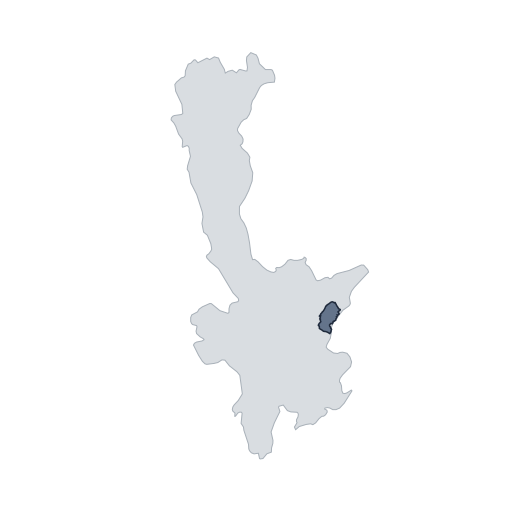 Phiang, Xaignabouri, Laos (highlighted), rotated 202°
{"feature_id": "54806243B59484994865641", "entity_name": "Phiang", "entity_type": "district", "adm_level": 2, "iso_a3": "LAO", "parent_name": "Laos", "parent_adm1": "Xaignabouri", "projection": "natural_earth1", "projection_center": [101.454, 18.877], "detail": "fine", "context": "in_parent", "style": "filled", "palette": "slate", "viewbox_px": 512, "rotation_deg": 202, "n_neighbors": 0, "source": "geoboundaries", "source_scale": "gbopen_adm2", "svg_char_len": 7508}
<svg xmlns="http://www.w3.org/2000/svg" viewBox="0 0 512 512"><g transform="rotate(202 256 256)"><path d="M190.4,74.4L192.4,78.6L201.9,89.8L203.6,92.8L207.1,95.2L210.0,105.1L211.2,105.7L212.8,105.0L214.0,103.6L215.0,99.8L215.6,99.4L216.7,102.5L219.4,103.5L220.5,104.9L220.9,107.3L220.5,109.7L218.3,115.4L217.0,123.0L226.3,139.3L230.2,141.5L239.5,144.2L245.8,147.8L248.7,146.9L251.5,142.9L254.8,140.6L261.1,137.1L262.9,136.9L266.3,138.3L272.0,142.4L280.6,150.0L280.4,152.0L278.8,154.0L274.2,157.0L272.8,158.9L273.7,159.6L277.5,160.1L282.0,161.8L283.4,163.8L284.2,168.3L285.0,169.2L289.2,168.7L290.5,169.3L292.0,170.8L293.5,174.5L293.5,177.3L289.3,182.3L288.9,185.3L286.7,188.8L281.0,194.7L279.5,195.1L269.0,191.8L260.6,192.3L259.9,193.5L261.3,197.1L261.7,200.7L260.5,203.4L255.6,206.9L255.5,208.4L256.5,210.0L263.5,213.2L286.0,230.2L296.2,233.5L300.7,235.7L301.8,236.9L301.8,238.4L300.6,240.3L299.7,243.6L299.6,245.6L300.7,247.6L302.5,250.5L308.8,257.0L313.5,258.5L318.3,265.9L319.8,272.4L322.2,276.6L333.9,290.7L343.7,299.3L349.5,308.6L352.3,310.7L353.2,314.1L354.1,323.9L357.5,328.8L358.2,330.8L359.7,332.3L361.3,332.6L364.7,329.3L365.4,329.8L367.0,335.0L368.4,336.9L373.5,340.1L379.1,346.3L382.0,348.6L385.7,350.4L386.2,352.3L385.6,354.3L384.4,355.6L378.1,359.3L377.3,360.8L381.5,368.8L392.2,378.7L395.5,384.6L394.8,387.5L391.9,393.2L389.8,394.8L389.2,396.6L390.8,401.3L390.7,408.5L388.7,410.3L386.9,414.7L385.6,415.1L382.3,413.4L375.6,421.1L372.6,420.7L369.3,425.0L364.9,425.5L361.8,422.3L355.3,417.2L353.0,414.1L351.0,416.8L347.6,419.4L342.8,418.5L341.5,422.3L340.6,423.0L334.7,423.7L333.7,424.3L334.6,427.8L338.1,433.7L339.1,437.1L337.0,442.6L331.0,442.5L328.3,440.2L324.8,435.5L317.1,432.4L311.9,434.5L310.4,434.4L306.5,430.5L305.0,427.9L304.1,424.1L310.0,421.1L313.0,418.7L314.9,416.1L315.7,413.5L316.6,402.5L317.5,398.7L317.0,393.9L315.4,390.2L315.3,384.6L316.2,380.0L318.4,377.8L319.9,374.5L320.8,367.2L320.1,365.3L317.9,363.5L314.2,361.8L311.8,359.6L310.9,357.0L310.9,354.8L312.1,352.8L309.2,350.6L302.5,348.2L298.7,345.3L297.9,341.9L295.1,337.5L290.2,332.0L287.7,324.1L287.3,313.8L287.9,305.4L289.9,295.7L287.1,288.7L284.0,284.9L279.7,282.2L275.5,278.3L271.6,273.2L266.9,265.7L261.4,255.8L257.8,251.3L255.9,252.4L252.0,251.4L246.0,248.6L240.7,247.0L236.3,246.8L233.4,247.4L232.0,249.0L231.9,250.5L233.1,251.9L232.5,253.1L230.1,253.9L228.2,255.6L226.1,259.2L224.7,264.0L222.5,265.8L219.0,266.2L215.7,267.6L212.4,269.9L210.8,271.7L211.0,272.9L210.3,273.1L208.6,272.5L207.9,270.9L208.0,268.4L206.3,266.7L202.8,265.9L198.9,263.2L191.3,256.3L189.6,256.1L187.1,257.8L183.9,261.7L181.3,263.2L179.2,262.4L177.6,263.8L176.4,267.3L174.3,270.0L164.2,277.5L155.1,287.0L152.8,287.9L147.3,285.2L145.6,283.3L153.1,263.8L154.3,259.0L154.0,252.7L150.8,247.5L150.7,246.0L151.2,244.4L155.1,238.3L159.5,222.7L159.3,217.8L157.3,212.5L156.3,207.4L157.1,200.5L156.8,197.8L154.7,196.5L147.8,195.1L143.8,196.2L141.9,198.1L139.6,199.3L135.2,199.9L131.1,197.6L127.7,193.6L126.9,188.8L131.2,178.3L132.2,174.3L132.1,172.4L131.4,170.4L130.3,170.1L128.1,167.6L126.0,163.3L124.0,161.3L122.1,161.7L120.3,163.3L117.4,167.4L116.5,166.9L119.1,152.5L121.5,146.3L124.3,143.5L127.3,142.3L130.5,142.7L133.1,142.2L135.2,140.7L135.0,139.8L132.5,139.6L131.5,138.0L132.0,134.9L133.2,132.9L134.9,132.0L136.6,128.9L138.2,123.6L140.1,120.9L142.5,120.9L146.4,118.6L152.0,114.1L154.2,109.8L156.3,111.8L155.5,116.8L156.6,117.9L157.1,119.6L156.8,122.4L157.3,124.8L158.2,126.0L159.4,126.5L165.3,124.5L169.0,124.4L174.9,128.0L178.4,125.3L178.5,124.3L175.6,120.8L176.5,108.2L176.1,98.5L171.2,91.4L170.2,88.6L169.7,83.9L168.3,79.9L171.8,76.7L173.7,70.8L176.1,69.4L176.9,69.6L179.9,74.0L183.7,71.8L186.6,71.8L189.0,73.0L190.4,74.4Z" fill="#d9dde1" stroke="#a8b0b8" stroke-width="1"/><path d="M174.7,224.1L174.4,224.1L174.2,223.9L174.1,224.0L173.9,224.2L173.8,224.3L173.8,224.2L173.7,224.2L173.5,223.9L173.6,223.7L173.5,223.4L173.4,223.2L173.5,223.2L173.4,223.1L173.4,222.9L173.3,222.7L173.3,222.4L173.3,222.2L173.2,222.2L173.2,221.9L173.3,221.8L173.3,221.5L173.0,221.3L172.8,221.4L172.5,221.3L172.3,220.7L172.2,220.3L172.0,220.0L171.6,219.8L171.3,219.4L171.4,218.8L171.5,218.6L171.7,218.3L171.9,217.6L172.1,217.3L172.1,217.2L172.2,216.9L172.1,216.7L172.2,216.4L172.2,216.2L172.2,215.8L172.3,215.7L172.3,215.4L172.2,215.4L172.0,215.1L171.8,215.0L171.8,214.8L171.4,214.7L171.0,214.6L170.9,214.5L170.8,214.0L170.5,213.6L170.4,213.3L170.2,212.7L169.9,212.5L169.7,212.5L169.3,212.4L169.0,212.3L168.6,212.2L168.3,212.2L168.2,212.2L167.6,212.2L167.4,212.1L167.0,212.0L166.8,211.9L166.7,211.9L166.2,211.8L166.1,211.7L165.9,211.7L165.5,211.6L165.3,211.5L165.1,211.5L164.7,211.6L164.3,211.7L164.2,211.7L164.1,211.8L163.5,211.9L162.9,212.1L162.6,212.1L161.0,212.1L160.7,212.1L160.4,212.0L160.1,212.0L160.0,211.9L159.4,211.9L159.0,211.8L158.5,211.7L158.4,212.1L158.3,212.5L158.2,212.8L158.3,213.0L158.3,213.3L158.1,213.7L158.1,213.9L158.1,214.0L158.3,214.3L158.3,214.5L158.4,214.8L158.4,215.0L158.5,215.2L158.5,215.4L158.5,215.5L158.4,215.7L158.4,215.8L158.4,216.1L158.5,216.3L158.7,216.5L158.8,216.6L159.1,216.8L159.3,216.9L159.5,216.9L159.5,217.0L159.8,217.2L159.9,217.3L159.9,217.5L160.0,217.7L160.2,217.8L160.3,217.9L160.5,218.1L160.8,218.2L161.0,218.3L161.0,218.5L161.3,218.7L161.5,218.7L161.6,218.9L161.8,219.2L161.9,219.3L162.0,219.6L162.0,219.9L161.9,220.1L161.7,220.6L161.5,220.8L161.5,221.1L161.4,221.4L161.3,221.5L161.2,221.5L160.9,221.6L160.6,221.6L160.4,221.6L160.3,221.8L160.2,221.8L160.3,222.0L160.2,222.1L159.9,222.3L159.8,222.5L159.7,222.6L159.8,222.8L159.7,223.0L159.8,223.3L159.9,223.5L159.8,223.8L159.9,224.0L159.8,224.4L159.7,224.5L159.4,224.5L159.1,224.7L159.1,224.8L159.1,225.1L159.0,225.3L158.9,225.4L158.7,225.5L158.4,225.7L158.3,225.8L158.1,226.2L158.1,226.4L158.0,226.5L158.1,226.8L158.1,227.0L158.2,227.3L158.3,227.5L158.3,227.8L158.3,228.0L158.3,228.3L158.1,228.7L158.0,228.9L158.0,229.0L158.1,229.3L158.1,229.5L158.3,229.8L158.4,230.0L158.5,230.0L158.4,230.2L158.3,230.3L158.3,230.5L158.2,230.7L158.1,230.8L158.2,231.0L158.2,231.3L158.2,231.5L158.3,231.6L158.2,231.6L157.9,231.8L157.7,232.1L157.7,232.3L157.8,232.4L157.8,232.5L157.7,232.7L157.7,232.8L157.6,233.0L157.4,233.1L157.2,233.3L157.5,233.7L157.5,233.8L157.5,234.0L158.0,234.2L158.1,234.3L158.3,234.5L158.5,234.6L158.8,234.8L158.9,235.0L159.0,235.0L158.9,235.3L158.8,235.5L158.7,235.5L158.5,235.8L158.5,236.0L158.4,236.2L158.3,236.3L158.2,236.5L157.9,236.8L157.9,237.0L157.9,237.3L157.7,237.5L157.8,237.9L158.1,238.0L158.5,238.1L159.2,238.0L159.4,238.0L159.6,238.0L159.8,238.1L159.9,238.3L160.3,238.7L160.6,238.7L160.9,238.9L161.0,239.2L161.2,239.3L161.3,239.4L161.6,239.6L161.8,239.8L162.0,239.8L162.4,240.0L162.6,240.2L162.8,240.4L163.5,241.1L164.5,241.9L164.7,242.1L164.9,242.2L165.2,242.5L165.3,242.5L165.6,242.4L165.7,242.1L165.8,241.9L166.3,242.0L166.5,242.0L166.8,242.1L167.3,242.2L167.6,242.2L167.9,242.1L168.1,242.1L168.6,241.8L168.8,241.6L169.1,241.3L169.3,241.1L169.5,240.8L169.6,240.7L169.8,240.2L170.0,239.9L170.7,238.7L170.8,238.5L171.1,238.3L171.3,237.9L171.4,237.6L171.6,237.4L171.8,237.3L172.0,236.2L172.3,236.0L172.4,235.9L172.5,235.5L172.5,235.2L172.5,234.7L172.5,234.3L172.5,234.0L172.5,233.4L172.6,232.5L172.6,232.1L172.7,231.6L172.8,231.2L172.9,230.8L173.0,230.3L173.0,230.0L173.1,229.7L173.3,229.4L173.5,229.1L173.5,228.8L173.7,228.6L173.7,228.4L173.7,228.1L173.7,227.9L173.8,227.6L174.0,227.4L174.3,226.7L174.2,226.2L174.3,225.7L174.4,225.1L174.5,224.8L174.6,224.6L174.7,224.4L174.7,224.1Z" fill="#64748b" stroke="#1e293b" stroke-width="1.5"/></g></svg>